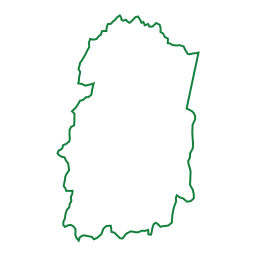 the district of Deputado Irapuan Pinheiro, Ceará, Brazil
{"feature_id": "56859067B95379226813402", "entity_name": "Deputado Irapuan Pinheiro", "entity_type": "district", "adm_level": 2, "iso_a3": "BRA", "parent_name": "Brazil", "parent_adm1": "Ceará", "projection": "equal_earth", "projection_center": [-39.279, -5.882], "detail": "fine", "context": "isolated", "style": "outline", "palette": "green", "viewbox_px": 256, "rotation_deg": 0, "n_neighbors": 0, "source": "geoboundaries", "source_scale": "gbopen_adm2", "svg_char_len": 2488}
<svg xmlns="http://www.w3.org/2000/svg" viewBox="0 0 256 256"><path d="M193.8,198.3L193.8,194.3L192.8,189.8L191.2,187.0L190.0,184.7L190.3,179.4L190.4,175.0L190.6,171.5L189.9,168.4L188.7,164.7L188.1,161.2L189.9,157.7L190.1,153.4L192.8,148.3L193.0,142.7L192.6,138.0L192.3,133.2L192.4,130.5L192.6,124.7L195.2,119.1L195.0,115.8L193.9,113.2L192.1,111.3L189.2,109.7L186.6,108.6L191.0,87.8L198.5,52.6L196.2,53.2L193.0,53.4L189.9,54.2L187.9,54.0L185.5,50.4L183.6,46.4L179.7,45.2L176.1,45.5L172.4,45.0L170.1,43.5L167.8,43.2L167.9,38.6L164.8,37.0L163.1,33.5L160.5,32.0L160.6,28.1L159.7,24.9L157.9,23.8L156.1,23.0L154.4,24.9L152.3,26.6L149.4,26.6L148.1,24.0L144.8,25.3L143.4,22.0L141.5,22.8L140.1,19.7L138.0,16.5L135.5,17.1L133.5,19.2L131.1,21.7L129.4,22.8L127.3,21.4L125.9,19.7L123.5,20.7L121.6,20.0L121.1,17.4L119.8,15.4L116.8,17.6L114.8,20.2L112.9,21.5L110.9,23.8L107.9,24.1L106.7,27.2L106.4,31.1L104.0,31.0L101.9,31.2L101.0,34.6L98.9,36.0L96.6,38.9L94.7,39.5L92.7,39.6L90.2,38.9L88.9,42.8L89.3,47.0L87.1,50.8L85.0,55.2L83.5,57.5L81.9,60.5L80.2,62.5L79.4,66.1L78.5,68.9L80.2,72.0L79.1,77.2L78.9,80.7L78.2,83.3L82.2,84.1L85.4,85.7L88.4,84.8L91.0,84.4L93.6,83.4L92.9,86.6L92.2,89.4L91.3,94.9L88.2,97.2L85.9,97.2L83.9,99.3L82.1,100.2L79.9,100.8L78.1,104.2L75.3,108.2L73.6,109.7L72.0,111.2L74.5,113.8L74.4,117.3L74.4,121.1L74.1,125.4L71.1,126.9L69.6,129.8L69.5,134.3L69.8,138.5L69.3,141.4L66.0,144.0L63.1,145.2L62.3,148.2L60.6,149.7L58.7,150.5L57.5,153.3L58.9,155.1L61.3,156.6L64.5,157.3L66.1,160.8L68.1,163.2L68.7,167.0L69.0,170.4L66.8,173.5L65.3,176.7L65.0,179.8L64.4,182.4L63.7,186.1L65.4,188.3L66.2,190.9L69.9,190.9L72.5,190.9L72.3,193.8L70.9,196.7L71.3,201.1L69.6,204.3L69.3,207.2L67.0,209.7L65.8,212.8L65.2,215.9L64.8,218.8L63.4,221.6L63.3,225.0L65.0,226.9L68.1,225.3L70.7,224.9L73.3,226.2L75.6,229.3L75.3,234.7L76.3,237.6L78.7,240.6L79.8,237.3L82.5,235.6L84.7,235.4L88.9,236.3L91.9,236.9L93.9,239.3L96.9,238.0L101.3,234.3L102.2,231.9L103.4,228.7L106.4,226.0L110.7,225.7L111.2,228.6L111.5,231.9L114.3,232.6L116.0,234.3L120.0,238.2L122.5,238.5L126.1,233.8L130.6,231.4L133.8,231.8L136.3,232.4L139.2,231.9L141.9,230.7L144.8,230.9L148.2,229.9L148.4,234.3L150.9,234.7L151.7,231.9L152.3,228.4L153.6,224.4L155.5,222.8L157.4,223.7L160.5,226.8L162.4,226.3L165.1,226.0L168.3,225.5L171.8,222.7L172.2,217.2L172.5,214.1L173.3,210.0L174.2,206.5L176.1,201.6L175.9,197.7L176.8,195.4L180.0,197.5L183.2,198.5L185.3,200.3L187.0,201.7L190.8,201.1L193.8,198.3Z" fill="none" stroke="#15803d" stroke-width="2"/></svg>